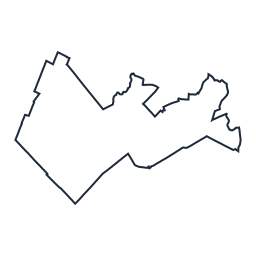 the district of Chau Thanh A, Hau Giang, Vietnam
{"feature_id": "81297802B94036559538482", "entity_name": "Chau Thanh A", "entity_type": "district", "adm_level": 2, "iso_a3": "VNM", "parent_name": "Vietnam", "parent_adm1": "Hau Giang", "projection": "natural_earth1", "projection_center": [105.675, 9.93], "detail": "fine", "context": "isolated", "style": "outline", "palette": "slate", "viewbox_px": 256, "rotation_deg": 0, "n_neighbors": 0, "source": "geoboundaries", "source_scale": "gbopen_adm2", "svg_char_len": 5708}
<svg xmlns="http://www.w3.org/2000/svg" viewBox="0 0 256 256"><path d="M208.5,74.2L208.5,74.5L208.5,75.3L208.5,75.8L208.3,76.5L208.1,77.2L208.1,77.6L207.8,78.4L207.7,78.5L207.4,78.6L206.9,79.0L206.0,79.8L204.4,81.3L203.6,82.0L203.1,82.8L203.0,83.0L202.5,84.7L202.2,85.3L201.6,87.8L201.1,88.9L201.0,89.2L200.7,89.5L200.4,90.0L198.9,92.6L198.4,93.4L198.0,92.8L197.8,92.7L197.2,93.3L195.9,94.5L194.5,94.6L193.7,94.5L193.1,94.4L192.4,94.3L191.4,94.4L190.7,94.4L189.8,94.3L188.8,93.9L188.7,95.6L188.5,98.5L188.4,99.6L185.6,99.5L182.7,99.2L181.6,99.3L179.7,98.7L178.8,98.4L178.3,98.8L178.7,101.0L172.0,103.1L170.7,103.7L170.4,103.8L167.9,104.9L163.4,107.0L164.7,110.3L162.8,110.5L162.5,112.0L160.5,110.6L159.9,111.3L154.9,116.6L153.7,115.2L152.8,114.2L152.1,113.4L151.9,113.1L149.8,111.0L146.8,107.6L145.5,106.2L144.6,105.2L144.0,104.8L143.3,104.3L143.0,103.9L146.7,100.4L149.4,97.6L155.3,91.5L158.2,87.6L157.8,87.3L157.0,86.7L155.8,86.1L154.3,85.5L152.9,85.0L152.6,84.8L152.1,84.7L151.5,84.8L151.1,84.8L150.3,84.7L146.7,84.8L144.2,84.9L143.8,85.0L143.5,85.1L142.6,84.8L143.4,80.2L143.5,80.0L143.4,79.3L143.1,78.9L141.7,78.2L139.3,77.1L137.2,76.3L135.4,75.8L134.8,75.5L134.3,74.7L133.9,73.9L133.6,73.6L133.3,73.4L133.1,73.5L132.7,74.1L132.2,74.2L131.9,74.2L131.6,73.9L130.9,74.8L130.7,75.2L130.6,75.9L130.4,76.3L130.3,76.7L130.4,77.3L130.6,77.8L130.9,78.2L131.3,78.8L131.4,79.1L131.4,80.2L131.3,80.8L131.0,81.6L130.6,82.2L130.4,82.8L129.9,83.2L129.9,83.5L129.9,83.8L130.1,84.2L130.2,84.5L129.8,86.8L129.6,87.1L129.2,87.5L128.5,87.8L128.3,88.0L127.9,88.2L127.8,88.4L127.9,88.9L127.9,89.2L127.7,89.4L127.3,89.9L126.9,90.6L126.3,91.5L125.9,91.8L125.4,92.1L124.9,92.1L124.2,91.9L123.9,91.8L123.5,92.0L123.1,92.2L122.8,92.6L122.8,93.2L122.7,93.9L122.4,94.2L121.8,94.3L120.5,94.4L119.9,94.3L119.6,94.0L119.2,93.6L118.7,92.8L118.4,92.6L117.7,92.5L117.3,92.6L117.0,92.9L116.6,93.7L116.4,94.4L116.2,94.9L115.8,95.1L115.4,95.3L115.0,95.4L113.9,96.5L113.8,96.8L113.6,97.8L113.3,98.8L113.2,99.5L113.3,100.3L113.5,101.5L113.4,101.9L113.1,102.6L113.0,103.1L112.9,104.1L112.8,104.4L112.5,104.7L110.9,105.4L106.5,107.6L103.1,109.3L82.6,84.0L73.1,71.9L67.5,65.1L66.7,64.6L67.0,64.2L69.5,58.1L66.8,57.2L66.9,56.8L66.3,56.5L59.0,52.8L57.8,52.3L55.5,57.8L54.4,60.7L53.0,64.3L46.3,60.8L43.7,67.6L43.3,68.4L41.1,74.1L40.5,75.8L39.9,77.3L39.4,78.4L38.6,80.6L37.3,83.7L35.8,87.8L34.3,91.3L39.4,93.7L33.6,101.5L34.2,102.2L33.7,103.4L32.2,107.0L28.8,115.8L25.1,114.8L21.6,123.2L21.9,123.5L21.0,125.7L19.6,129.1L18.1,133.2L15.4,139.9L18.7,143.4L22.6,147.6L26.1,151.3L27.9,153.0L34.5,160.3L40.5,166.5L42.4,168.6L43.4,169.6L43.8,169.9L45.8,172.1L47.5,173.9L47.5,174.0L46.6,174.7L49.3,177.5L55.9,184.1L56.7,184.9L58.6,186.7L59.4,187.5L60.1,187.8L61.1,188.6L62.0,189.4L62.3,189.9L65.7,193.5L67.4,195.3L68.4,196.4L70.0,198.1L72.0,200.2L72.5,200.8L75.1,203.7L76.3,202.6L79.8,198.9L80.7,197.9L84.8,193.3L86.0,192.1L89.4,188.5L92.6,185.0L94.8,182.5L96.1,181.1L98.1,178.9L100.5,176.1L102.8,173.6L105.3,171.7L105.7,171.5L112.1,166.5L113.5,165.3L115.5,163.7L117.0,162.6L118.8,161.0L120.3,159.9L122.3,158.2L128.1,153.7L133.2,162.2L134.8,165.0L135.5,165.4L137.1,166.1L138.6,166.7L139.0,166.8L146.7,167.8L147.6,167.9L147.7,167.6L147.9,167.2L148.1,167.0L148.5,166.7L148.8,166.5L149.0,166.9L149.2,167.4L149.4,167.9L149.5,168.2L150.3,167.7L150.6,167.4L150.9,167.1L151.1,166.6L151.3,166.3L152.1,166.1L154.0,165.4L154.8,164.8L158.0,162.8L159.2,162.2L162.1,160.4L163.4,159.7L166.2,158.1L171.5,154.8L172.0,154.5L176.1,151.9L180.0,149.4L182.7,147.6L183.1,147.5L184.1,147.6L186.0,147.9L186.4,147.8L186.9,147.7L187.5,147.5L188.7,146.8L191.7,145.2L193.0,144.4L196.4,142.3L197.4,141.8L201.4,139.4L205.6,137.0L206.7,136.2L211.3,138.7L213.9,140.0L214.5,140.4L215.5,140.9L218.3,142.3L222.0,144.2L223.4,145.0L228.8,147.7L233.3,150.0L235.6,149.0L236.0,149.6L236.6,150.2L237.7,150.8L238.2,150.9L238.3,151.0L238.4,147.9L238.4,147.6L239.1,146.3L239.5,145.6L239.9,144.6L240.1,143.5L240.3,142.1L240.5,141.4L240.6,140.3L240.6,139.7L239.7,132.2L239.6,130.8L239.3,129.2L239.2,128.0L239.0,127.5L238.8,127.6L238.4,127.7L237.7,127.6L237.1,127.8L236.3,127.7L236.1,127.8L235.9,128.0L235.6,127.9L234.9,128.9L233.8,129.6L233.5,129.7L233.2,129.7L232.9,129.9L232.7,130.2L232.4,130.3L232.1,130.4L231.6,130.3L231.3,130.3L231.1,130.2L230.9,130.1L230.6,129.9L230.3,129.6L230.0,129.6L229.5,129.7L228.3,127.4L228.0,126.8L227.8,126.4L227.5,125.7L227.4,125.0L227.5,124.1L228.2,123.0L228.5,122.5L228.7,121.7L228.9,120.9L228.9,120.4L228.7,120.0L228.4,119.5L228.0,118.9L227.5,118.0L226.7,117.0L226.4,116.3L226.2,115.7L226.1,115.3L226.2,114.8L226.4,114.4L226.7,114.1L227.1,113.6L227.3,113.4L226.6,113.7L225.7,114.1L222.8,115.3L220.7,116.2L219.9,116.5L217.1,117.8L214.3,119.1L212.9,119.6L212.5,119.8L212.2,120.0L212.6,118.7L213.2,116.8L213.7,114.9L214.0,113.9L214.9,111.1L219.9,109.2L219.5,106.5L220.7,103.2L220.9,102.6L221.6,101.2L221.7,100.8L224.7,97.8L226.0,96.3L226.5,95.7L227.0,95.1L227.1,94.7L227.2,94.3L227.7,93.4L227.9,92.9L228.0,92.5L228.0,92.0L228.0,91.3L227.9,90.8L227.7,90.4L227.6,90.0L227.0,87.4L226.8,86.3L226.7,85.1L226.7,84.8L226.9,84.2L225.9,83.4L223.4,81.5L223.1,81.2L222.9,80.9L222.4,80.6L222.0,80.2L221.8,80.2L221.6,80.2L221.3,80.5L221.1,80.8L220.7,80.9L220.5,81.1L220.2,81.7L220.1,81.8L219.9,81.8L219.6,81.7L219.4,81.6L219.0,81.5L218.8,81.4L218.5,81.2L218.3,80.9L218.1,80.7L217.7,80.6L217.3,80.3L216.9,80.2L216.3,80.3L216.0,80.3L215.6,80.1L215.3,80.1L214.9,80.4L214.6,80.5L214.4,80.3L214.3,80.0L214.2,79.4L214.1,79.1L213.9,78.9L213.7,78.7L213.3,78.5L213.3,78.3L213.2,78.0L213.0,77.7L212.9,77.6L212.6,77.5L212.5,77.4L212.4,77.2L212.3,76.9L212.0,76.7L211.6,76.2L211.2,76.0L210.8,75.8L210.5,75.5L209.9,75.1L209.2,74.6L208.5,74.2Z" fill="none" stroke="#1e293b" stroke-width="2"/></svg>